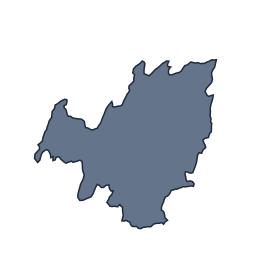 Arataca, Bahia, Brazil, rotated 18°
{"feature_id": "56859067B63657419355760", "entity_name": "Arataca", "entity_type": "district", "adm_level": 2, "iso_a3": "BRA", "parent_name": "Brazil", "parent_adm1": "Bahia", "projection": "equal_earth", "projection_center": [-39.425, -15.232], "detail": "fine", "context": "isolated", "style": "filled", "palette": "slate", "viewbox_px": 256, "rotation_deg": 18, "n_neighbors": 0, "source": "geoboundaries", "source_scale": "gbopen_adm2", "svg_char_len": 3561}
<svg xmlns="http://www.w3.org/2000/svg" viewBox="0 0 256 256"><g transform="rotate(18 128 128)"><path d="M194.1,203.5L192.3,202.5L190.7,201.9L189.9,199.7L188.5,197.4L187.0,196.2L185.1,195.7L184.3,193.0L184.3,190.4L184.7,187.6L184.5,184.7L184.9,182.1L186.8,180.3L188.0,177.4L188.4,173.8L190.2,173.0L191.8,171.6L193.5,171.1L195.1,169.4L197.0,168.3L198.3,166.9L200.7,166.2L203.7,164.8L206.3,163.4L208.2,163.3L208.2,160.8L206.1,159.1L203.5,159.0L200.8,160.7L199.1,159.0L197.8,156.2L196.4,154.4L196.1,152.2L197.7,151.3L199.3,151.7L201.4,151.6L203.4,150.5L203.8,143.7L203.7,139.0L203.0,134.5L202.5,132.0L203.3,129.5L205.8,129.3L206.2,125.4L208.0,122.6L206.7,120.6L204.5,118.4L202.9,116.3L204.5,114.0L207.4,112.2L207.4,107.7L208.4,106.0L207.8,103.6L206.9,101.0L206.3,97.9L204.7,96.5L204.0,93.3L202.4,91.4L201.8,88.7L201.2,86.5L200.2,84.1L199.6,80.3L199.6,78.1L199.5,74.2L198.9,70.3L197.2,71.3L195.1,73.0L193.2,72.5L191.6,70.9L190.0,69.5L190.3,66.2L192.1,61.9L193.4,59.1L193.3,55.7L191.8,52.7L190.4,50.0L190.8,46.1L191.6,43.4L191.3,40.0L191.0,35.7L189.0,36.7L186.5,37.3L184.3,39.7L182.4,41.0L181.1,42.8L179.4,43.3L176.8,44.5L174.3,44.2L172.1,45.4L169.7,45.7L167.5,45.7L165.9,48.1L164.8,49.9L162.8,51.0L161.9,53.7L161.1,57.2L159.6,59.3L156.5,61.2L154.8,62.6L153.3,63.8L151.3,64.7L149.4,63.2L148.6,59.7L149.8,56.8L147.0,57.2L145.9,55.5L146.2,51.8L144.0,52.3L142.4,54.4L141.0,55.7L139.4,58.8L137.5,61.9L135.8,64.0L135.0,65.9L133.6,68.9L131.8,71.9L129.4,71.6L126.5,71.4L125.4,68.2L124.8,65.0L124.2,61.5L122.8,60.2L120.9,59.9L119.4,63.0L116.3,66.9L115.0,70.0L115.5,74.1L117.7,75.2L118.1,78.6L119.0,81.8L117.5,84.8L116.0,87.6L116.5,90.0L117.9,91.6L117.6,94.0L116.6,96.1L116.4,99.2L115.7,102.7L115.5,105.4L115.3,107.7L113.9,109.4L111.2,110.6L108.7,112.2L106.6,112.3L105.9,109.9L104.4,107.8L103.0,111.1L102.1,113.3L101.2,117.1L101.1,120.3L100.9,123.6L100.6,126.9L100.5,131.4L99.3,135.2L98.8,137.8L96.7,139.2L95.1,140.8L92.5,141.0L89.9,140.4L87.4,140.7L86.1,138.5L84.4,135.2L81.1,134.0L79.2,134.4L76.4,134.9L73.8,135.4L72.0,135.4L69.8,134.6L67.9,135.3L66.2,134.2L64.5,131.4L62.9,129.3L61.2,128.7L60.2,126.7L62.0,124.8L61.9,122.2L61.1,120.0L59.0,120.2L56.9,122.0L55.3,123.9L53.6,126.6L51.6,128.7L52.1,132.3L50.8,135.7L51.5,138.9L52.1,141.5L51.4,143.7L50.8,146.0L51.0,149.2L50.8,152.1L51.1,154.7L50.2,157.2L50.1,160.8L50.1,164.0L50.6,166.7L49.2,169.3L47.6,171.8L49.6,173.2L50.3,175.6L49.1,178.3L47.6,181.5L48.6,185.9L50.8,187.3L52.7,188.7L54.1,185.9L53.8,182.4L53.8,179.7L54.3,177.3L55.8,175.1L57.1,173.8L59.4,174.0L62.3,177.0L63.8,180.1L65.6,178.4L66.7,182.2L68.7,180.7L68.6,178.0L71.4,176.7L73.6,178.4L76.5,179.6L78.2,180.3L80.0,180.6L82.2,178.6L84.5,177.1L86.4,177.6L88.8,176.0L92.2,173.5L94.2,173.8L95.6,176.1L97.2,180.6L98.8,183.5L100.9,186.2L101.1,190.9L100.3,196.1L100.5,200.2L100.7,204.7L101.1,207.6L101.9,209.7L104.6,211.8L107.6,210.6L110.3,208.1L112.8,206.1L114.2,204.7L115.1,201.4L115.3,197.9L115.5,194.7L116.2,191.1L118.8,191.6L121.0,192.8L123.1,192.1L125.1,189.1L127.5,188.1L128.4,190.3L129.7,192.1L131.5,193.2L133.3,192.4L133.2,196.0L131.7,199.3L131.6,201.9L130.9,205.3L133.2,206.6L135.0,208.0L137.0,207.7L139.0,206.7L140.7,206.4L142.5,206.1L143.8,203.3L145.3,204.4L147.2,205.0L148.3,208.0L149.2,210.1L150.4,212.3L150.7,215.3L150.8,218.2L153.3,217.6L154.8,216.4L156.8,216.9L158.9,217.0L160.6,219.3L162.6,220.3L165.0,219.6L166.6,218.9L168.7,220.2L171.2,219.8L173.0,217.9L175.6,216.7L177.2,215.7L178.9,215.4L180.5,214.5L182.0,211.5L184.7,209.8L187.3,208.9L189.3,207.6L191.6,208.5L192.2,206.1L194.1,203.5Z" fill="#64748b" stroke="#1e293b" stroke-width="1.5"/></g></svg>